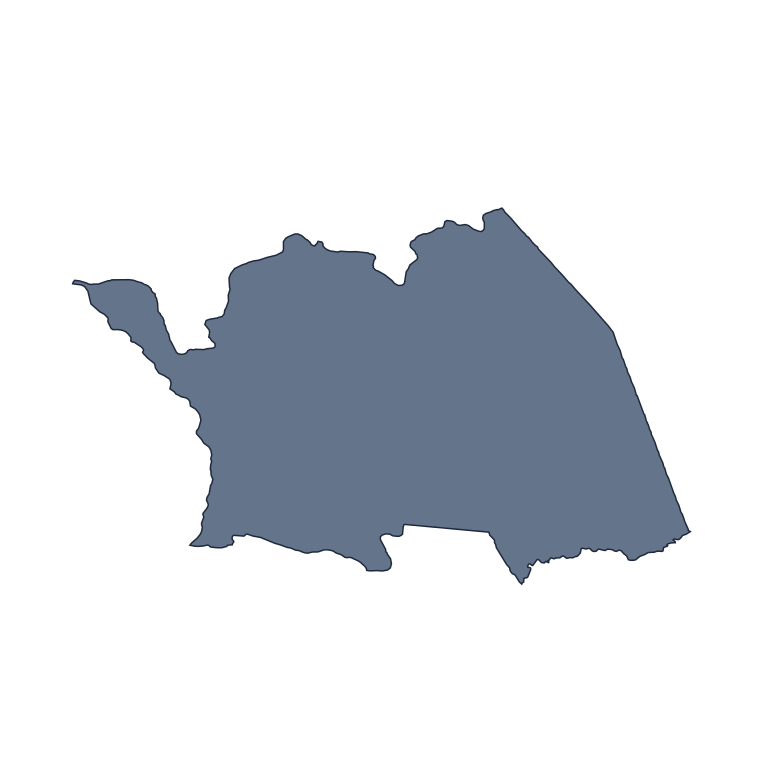 outline of Los Amates, Izabal, Guatemala, rotated 276°
{"feature_id": "79465075B97671971478727", "entity_name": "Los Amates", "entity_type": "district", "adm_level": 2, "iso_a3": "GTM", "parent_name": "Guatemala", "parent_adm1": "Izabal", "projection": "equal_earth", "projection_center": [-89.106, 15.292], "detail": "fine", "context": "isolated", "style": "filled", "palette": "slate", "viewbox_px": 768, "rotation_deg": 276, "n_neighbors": 0, "source": "geoboundaries", "source_scale": "gbopen_adm2", "svg_char_len": 6154}
<svg xmlns="http://www.w3.org/2000/svg" viewBox="0 0 768 768"><g transform="rotate(276 384 384)"><path d="M196.8,386.3L196.7,389.8L197.7,396.6L197.9,402.0L199.3,406.9L201.7,409.5L206.1,410.2L211.0,408.7L214.7,405.4L216.9,404.3L217.3,403.3L219.7,402.9L228.7,396.8L231.6,396.3L233.5,397.9L235.1,401.2L235.3,405.4L234.0,408.4L233.9,411.1L234.0,414.6L235.2,416.8L236.5,418.1L243.4,418.0L245.8,418.4L246.5,419.2L247.6,503.8L244.7,505.0L240.4,510.2L237.8,510.5L235.9,511.9L233.0,512.8L217.4,524.7L214.2,528.2L211.9,528.8L210.4,529.8L208.8,531.4L207.8,534.3L201.3,539.3L199.4,541.9L200.6,542.3L201.7,543.6L205.4,543.5L206.4,546.5L207.2,547.2L214.7,549.3L216.2,549.1L216.6,548.6L216.9,546.1L218.1,545.9L219.7,546.6L220.2,547.1L220.3,548.3L219.1,549.8L219.0,550.9L225.3,554.6L225.6,555.5L225.2,556.5L222.9,559.2L222.8,561.7L223.0,562.4L224.4,563.2L223.6,566.4L224.4,566.5L225.4,565.5L226.4,567.0L227.8,567.4L228.6,568.3L227.9,571.2L229.1,573.8L229.5,577.1L231.4,579.2L231.5,580.1L231.3,581.3L229.7,583.8L230.7,586.8L230.9,590.0L232.0,591.6L232.8,594.1L234.0,595.2L236.4,596.9L240.4,597.3L241.1,597.5L241.4,598.3L241.0,602.3L241.9,604.5L241.9,605.4L241.5,606.5L240.1,608.0L239.5,609.4L239.4,610.6L239.9,612.5L242.0,614.2L242.2,615.3L241.5,620.8L241.7,621.7L243.1,623.5L243.2,626.1L243.0,628.9L242.1,630.3L241.8,632.5L243.3,635.2L243.1,636.7L242.8,637.5L240.5,639.9L238.4,643.3L234.8,645.4L234.4,647.6L234.8,650.8L235.5,652.7L239.3,656.4L241.5,660.9L244.0,664.4L245.0,670.5L246.4,673.4L246.6,678.2L247.2,678.9L250.7,679.2L252.3,682.7L253.0,683.0L253.5,682.2L254.4,682.5L256.0,686.2L256.6,690.3L257.9,689.9L259.1,687.8L259.9,688.2L260.2,689.6L259.9,692.6L260.4,693.7L261.7,695.1L264.6,696.8L266.2,700.2L269.2,704.1L270.3,701.8L271.2,701.8L279.0,697.3L283.1,695.6L284.0,694.7L284.9,694.8L287.5,692.7L294.0,690.0L299.2,686.8L302.9,685.4L304.9,684.0L320.2,676.7L323.8,674.3L329.6,672.0L330.9,670.9L334.7,669.5L342.2,665.1L345.3,664.1L346.5,663.0L354.4,659.5L362.3,654.9L363.8,654.8L366.4,653.0L371.4,650.9L372.1,650.1L373.2,650.0L374.1,649.0L380.6,646.5L381.5,645.5L399.0,636.9L399.1,636.2L406.2,633.4L412.2,629.8L416.2,628.2L421.3,625.0L424.9,623.8L426.4,622.6L433.5,619.4L434.9,618.1L441.9,615.4L447.7,611.8L459.4,606.5L465.2,601.0L483.5,581.2L498.2,564.3L503.0,559.3L504.3,557.1L511.0,550.0L518.4,541.3L522.2,537.6L534.2,523.5L536.5,522.2L537.7,520.0L540.7,516.4L545.0,512.4L546.1,510.1L548.3,508.3L550.4,505.3L562.8,492.1L567.6,486.1L569.3,485.0L571.3,482.9L569.3,479.4L569.3,478.3L567.6,474.0L566.3,472.3L564.4,467.8L562.3,465.2L559.3,464.8L556.3,466.0L555.6,466.8L548.9,467.5L547.0,466.5L545.8,464.7L545.8,462.4L547.4,456.5L550.4,451.6L551.1,448.3L549.6,442.5L550.2,439.6L552.2,437.3L553.0,434.9L553.2,429.6L551.8,427.6L547.2,427.0L545.7,426.0L544.9,424.4L544.5,421.0L540.1,415.5L537.9,411.0L537.3,407.3L534.7,402.4L532.7,400.5L530.8,399.7L528.7,396.5L527.8,395.9L525.1,395.4L522.8,396.1L519.2,400.9L516.7,402.2L516.1,403.4L512.6,404.3L510.9,403.4L505.1,397.3L501.0,396.1L498.1,394.4L486.6,393.8L485.2,393.0L484.0,391.4L483.5,387.6L485.2,383.8L487.7,381.2L492.5,373.6L495.6,366.6L496.3,363.8L498.5,361.2L500.0,361.2L500.8,360.6L505.8,361.1L508.0,362.4L510.0,362.0L511.7,359.9L511.9,356.1L512.7,354.5L512.7,342.2L511.8,335.3L511.5,326.8L510.4,324.2L510.7,316.4L512.0,312.6L513.3,310.6L514.9,308.9L517.0,308.7L518.7,307.3L519.0,303.5L516.2,302.4L515.4,301.3L514.2,300.9L514.2,299.0L515.1,297.1L517.1,295.6L519.3,292.7L519.4,291.7L522.8,286.9L524.2,282.9L523.8,279.5L520.3,273.2L518.8,271.2L515.1,269.1L506.8,270.0L504.6,269.1L500.8,263.3L497.7,254.6L494.0,246.4L492.8,241.5L490.7,236.4L489.5,234.7L487.6,230.4L483.2,223.4L477.8,220.1L473.2,218.8L464.4,220.2L462.1,221.0L456.0,219.8L450.1,220.7L443.1,219.0L440.9,217.9L436.8,217.7L434.0,215.7L433.1,212.8L432.3,211.5L430.2,203.9L428.6,200.5L424.5,199.6L419.4,204.6L416.7,205.2L412.2,204.8L411.9,205.8L409.2,208.0L406.8,211.5L404.0,212.2L402.7,211.7L401.7,209.8L400.7,204.6L399.4,201.2L398.8,192.7L398.1,191.5L398.1,187.7L396.6,185.4L394.3,184.3L392.8,181.8L392.3,179.3L392.5,176.1L393.9,174.2L404.2,167.5L404.8,166.7L411.1,164.6L414.9,161.9L419.4,160.3L420.5,159.1L424.1,158.5L427.0,156.9L429.4,154.5L430.6,154.1L431.2,152.9L433.0,151.6L440.9,150.3L445.5,148.7L447.5,147.2L449.5,147.1L451.1,144.3L452.8,142.8L454.3,142.4L456.6,139.6L457.6,137.3L457.8,135.8L459.4,132.3L459.8,128.9L461.0,124.1L461.1,119.5L459.1,102.2L458.2,101.1L457.8,98.7L453.5,89.4L453.0,84.4L452.4,82.8L452.5,79.7L453.3,77.7L454.7,70.6L454.8,65.6L452.9,64.3L451.1,63.9L450.9,72.5L450.0,75.1L449.2,76.5L445.4,79.8L433.0,84.2L426.1,93.8L424.0,98.8L421.0,102.3L420.6,102.8L417.1,102.9L410.6,106.9L409.7,108.8L410.3,113.6L410.1,118.2L408.9,121.9L407.0,124.4L404.2,127.2L403.4,127.6L400.5,127.6L399.9,128.2L399.5,129.1L399.4,131.2L395.6,138.6L394.0,140.5L392.6,141.4L390.3,140.6L389.3,141.3L385.0,146.3L380.6,153.2L379.0,154.2L376.1,155.0L371.3,159.0L369.4,164.4L366.6,170.1L365.8,170.7L363.9,171.7L361.5,172.2L356.8,171.6L354.3,176.3L352.2,178.2L351.6,180.5L350.2,183.4L349.5,188.6L348.5,190.8L346.4,192.7L341.8,193.8L339.5,199.0L337.2,201.5L334.0,204.0L328.8,205.7L322.2,204.6L320.0,204.0L317.8,202.5L315.7,202.5L314.4,203.3L309.9,208.2L306.3,211.0L303.2,216.4L299.9,218.8L295.3,220.1L291.4,219.5L289.1,220.7L285.4,220.1L280.9,220.2L279.5,221.0L275.6,221.5L271.4,223.7L267.2,223.2L265.0,222.1L256.6,221.6L252.6,219.8L249.9,219.6L246.3,221.7L244.3,221.8L241.4,220.6L236.4,217.5L235.5,217.5L232.7,218.7L226.9,217.2L225.3,217.2L222.6,218.3L218.3,218.0L215.2,216.9L211.0,214.2L205.8,209.3L203.4,207.8L202.9,212.7L203.1,216.4L204.1,221.5L205.4,225.2L205.2,226.6L203.9,228.2L203.7,229.3L203.7,234.9L204.2,239.8L206.0,244.5L207.4,245.6L208.2,249.9L209.8,250.2L211.0,251.0L211.9,251.0L213.7,249.2L215.7,249.0L217.1,249.5L217.8,250.5L218.1,260.6L220.2,262.7L220.4,263.9L219.1,269.5L218.5,277.3L214.2,291.9L213.1,298.0L211.4,304.6L211.1,308.5L209.5,313.5L209.4,317.2L208.3,320.6L207.8,323.3L207.8,325.9L209.4,330.3L210.1,335.9L212.8,341.8L213.2,345.8L212.9,349.4L212.4,351.3L210.9,354.0L209.8,359.2L207.6,363.1L207.4,364.7L208.1,368.8L205.3,377.1L204.0,379.4L200.8,383.9L198.7,385.7L196.8,386.3Z" fill="#64748b" stroke="#1e293b" stroke-width="1.5"/></g></svg>